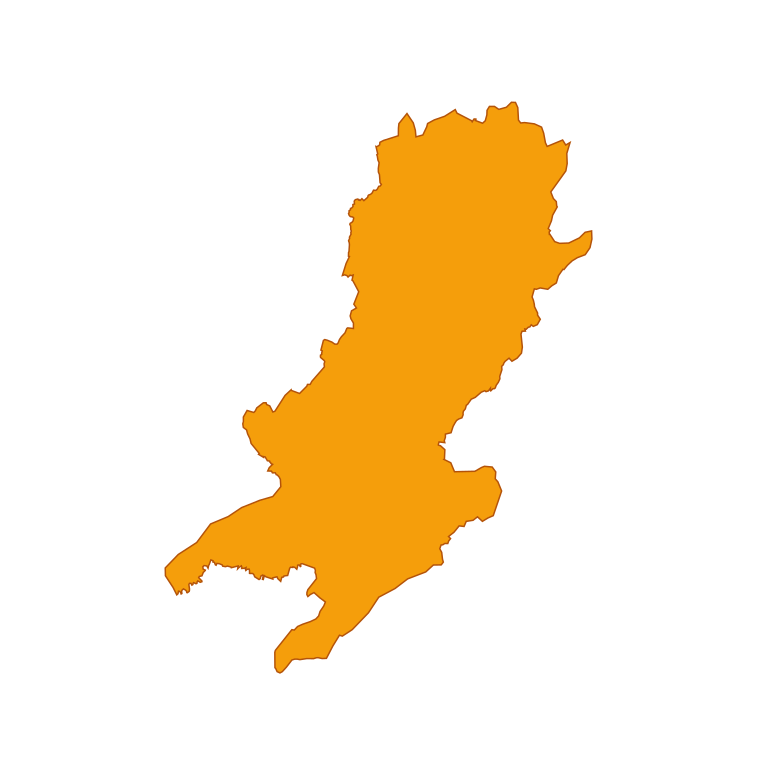 the district of Kota Metro, Lampung, Indonesia, rotated 195°
{"feature_id": "22746128B64737377738458", "entity_name": "Kota Metro", "entity_type": "district", "adm_level": 2, "iso_a3": "IDN", "parent_name": "Indonesia", "parent_adm1": "Lampung", "projection": "equal_earth", "projection_center": [105.315, -5.118], "detail": "fine", "context": "isolated", "style": "filled", "palette": "amber", "viewbox_px": 768, "rotation_deg": 195, "n_neighbors": 0, "source": "geoboundaries", "source_scale": "gbopen_adm2", "svg_char_len": 6146}
<svg xmlns="http://www.w3.org/2000/svg" viewBox="0 0 768 768"><g transform="rotate(195 384 384)"><path d="M266.8,665.4L270.3,661.9L274.6,665.9L287.9,655.7L290.5,658.8L294.7,667.6L298.3,672.9L306.1,674.2L315.9,672.9L319.5,671.5L322.4,673.7L326.3,685.6L329.9,690.0L333.8,689.1L337.4,683.0L344.2,679.0L349.1,680.7L354.0,679.4L355.3,675.0L354.3,670.6L354.3,664.5L356.3,661.4L364.0,662.2L363.7,663.6L364.7,663.6L365.7,663.2L366.7,660.1L367.6,661.0L383.6,664.5L386.2,667.5L394.7,658.3L403.8,652.1L409.3,646.9L409.3,643.4L410.9,634.6L417.1,631.0L419.4,637.2L423.3,643.8L431.8,651.2L437.0,639.4L436.3,635.0L434.4,627.5L447.4,619.2L450.5,616.4L450.1,613.9L450.9,612.8L452.6,611.2L453.2,611.3L449.6,604.6L450.3,603.5L449.6,602.7L447.8,598.7L446.0,596.5L445.3,590.8L444.3,587.3L442.6,585.1L439.9,577.4L438.2,576.1L438.9,574.2L440.2,573.6L441.0,570.2L442.0,568.9L444.3,568.5L444.9,565.5L446.1,563.7L447.7,562.6L448.1,562.0L448.1,560.1L450.9,555.9L453.3,557.3L454.6,555.1L456.1,555.1L456.0,555.7L457.4,555.8L459.4,554.6L460.1,552.9L459.1,550.2L460.5,549.3L459.9,547.3L460.8,545.6L461.8,544.9L461.5,543.6L462.6,542.3L462.1,540.6L462.4,539.5L461.3,537.9L459.9,537.0L457.4,537.2L456.2,536.5L456.1,533.5L456.8,531.9L458.3,530.4L458.3,529.3L457.1,528.0L456.1,524.7L455.2,523.3L455.2,521.4L454.6,520.2L455.4,516.9L454.9,515.9L455.3,513.2L454.1,511.4L453.4,509.4L452.1,502.9L452.3,501.9L451.4,498.2L450.4,498.2L451.8,490.6L452.3,478.0L450.2,479.3L447.8,479.1L446.4,478.0L444.9,480.4L443.8,480.1L442.0,481.3L441.8,476.0L440.7,475.6L432.3,466.6L433.8,453.3L430.3,450.3L434.3,446.3L434.3,441.0L432.8,438.4L429.3,435.0L427.9,429.7L433.6,428.8L434.3,428.0L434.9,423.3L437.4,418.6L438.5,415.5L439.0,411.6L439.7,410.3L441.9,409.8L445.1,411.0L450.0,411.6L452.7,411.6L453.8,410.4L453.7,400.4L452.2,400.0L452.2,397.7L451.8,396.5L452.8,395.4L452.5,394.0L452.1,393.2L447.7,391.1L447.0,390.2L447.1,388.0L446.0,385.1L454.4,367.9L455.2,364.5L457.8,363.8L458.0,361.9L463.1,353.0L471.9,353.8L472.2,354.4L476.6,347.4L482.3,329.5L484.1,328.2L488.7,333.3L492.1,333.8L492.9,335.3L493.3,335.3L495.7,334.6L500.7,328.0L501.4,324.6L502.4,322.8L509.4,323.0L511.3,315.7L510.1,311.4L510.1,309.0L508.6,305.6L504.9,304.1L502.8,300.5L499.2,296.3L497.0,292.2L486.5,284.6L487.0,283.6L481.5,282.0L481.8,282.7L479.9,282.8L476.8,279.7L474.5,279.9L473.9,278.9L472.9,278.5L472.6,277.9L470.8,277.6L473.2,273.5L473.8,269.9L470.1,270.7L468.8,269.3L466.0,270.1L464.6,268.5L463.5,268.5L461.3,267.1L459.4,265.0L457.1,258.1L462.3,246.5L473.9,239.5L489.5,227.8L500.2,215.6L515.3,203.9L523.9,182.4L538.6,166.1L547.7,149.7L545.5,142.2L535.1,132.9L529.6,126.7L528.7,128.1L528.9,130.7L527.8,130.8L526.4,129.9L525.6,128.7L525.0,129.3L525.8,131.4L525.8,132.4L524.7,134.2L522.2,133.5L521.2,132.8L520.5,131.5L519.9,131.5L519.1,132.5L518.5,133.3L518.5,134.2L518.9,135.9L520.6,139.8L520.3,141.1L518.9,141.5L517.5,140.0L516.7,140.8L516.8,142.3L516.5,142.9L513.9,142.4L513.1,143.0L513.3,144.5L512.9,145.6L510.2,144.9L508.7,145.9L508.9,146.6L512.9,149.0L512.6,150.3L510.2,151.6L509.8,155.2L508.4,157.6L508.4,158.0L510.7,158.3L511.7,160.5L510.9,162.0L508.1,162.4L506.3,160.6L506.4,163.5L506.1,164.4L505.7,169.3L503.4,169.0L503.2,167.8L501.6,167.8L500.1,165.7L499.3,165.5L499.0,167.4L496.7,167.8L493.5,167.4L492.7,166.3L489.9,166.5L488.1,167.6L484.5,167.6L484.0,167.0L477.8,170.5L477.5,167.6L476.5,169.4L474.7,171.4L473.7,169.8L473.7,169.0L471.3,169.8L469.8,171.0L469.8,169.0L469.2,168.1L468.2,169.6L466.4,170.3L465.7,169.2L464.7,165.7L464.6,166.3L461.8,167.0L460.3,166.1L459.0,164.3L454.1,162.8L453.2,163.9L453.2,166.6L451.7,168.1L451.0,167.7L450.9,163.9L450.0,163.9L450.0,167.9L448.1,167.2L440.9,166.8L441.4,167.9L437.5,170.1L436.2,168.5L432.7,166.6L432.7,170.8L431.1,171.6L430.9,172.7L427.5,174.1L427.4,181.6L426.9,182.8L424.6,183.2L424.6,183.8L422.8,183.8L420.3,182.5L420.2,185.1L420.5,186.6L419.2,187.3L417.6,186.0L417.2,186.4L417.7,187.7L417.6,188.9L416.3,189.3L403.4,188.2L402.1,186.4L401.7,184.0L400.3,182.2L398.8,178.5L404.3,165.7L404.5,162.8L404.0,160.6L402.5,159.0L400.6,161.7L397.6,164.4L390.5,160.8L384.2,158.3L384.7,154.1L386.9,147.8L387.1,143.0L389.1,139.3L393.7,135.4L400.4,130.9L404.7,127.4L407.0,123.1L409.4,122.9L420.0,98.6L420.0,96.5L415.9,81.7L415.1,81.3L412.8,78.5L409.7,78.0L407.8,79.8L405.0,85.2L401.5,93.6L399.1,95.1L396.6,95.8L393.9,96.0L387.5,98.8L380.9,100.5L378.6,102.0L376.9,102.6L372.7,102.8L368.6,104.1L365.6,117.7L362.0,129.8L359.0,129.7L351.1,138.5L339.8,159.0L333.9,176.7L320.4,189.3L310.7,201.9L295.0,213.3L289.5,221.9L281.9,224.1L280.6,227.3L282.1,229.8L284.7,236.3L287.5,239.3L287.2,243.3L285.6,243.9L284.0,245.7L281.1,246.4L280.9,249.1L279.7,251.9L282.2,253.4L278.0,259.0L274.7,266.4L269.8,267.1L269.0,272.6L262.7,275.4L259.3,279.9L253.4,276.8L248.8,281.6L244.4,285.1L242.7,311.1L248.7,319.0L252.0,321.2L253.3,328.0L258.0,331.8L265.7,330.5L268.3,328.5L273.6,323.2L293.2,317.5L299.1,325.2L306.6,326.7L306.2,327.2L308.2,336.3L313.5,339.0L315.6,339.0L315.9,339.8L315.8,342.3L310.1,343.1L311.1,344.8L310.9,348.4L311.7,351.5L306.6,354.3L306.3,360.9L305.4,364.6L304.5,367.5L302.8,369.5L300.0,371.5L299.6,374.7L300.2,376.6L300.2,378.4L299.0,381.0L299.0,384.8L298.0,385.9L295.8,391.9L292.4,394.7L287.9,401.3L284.9,403.6L283.5,403.0L281.3,404.4L280.1,407.5L279.5,405.3L279.1,405.0L277.6,407.6L276.1,408.1L275.5,409.0L275.3,411.8L274.0,415.2L273.4,419.0L274.2,421.3L273.8,428.3L274.9,431.5L273.7,433.6L273.7,435.0L272.9,437.2L269.9,441.3L266.3,439.1L262.1,443.4L259.2,449.4L259.9,455.4L264.6,467.7L264.3,470.7L261.1,471.7L262.2,473.6L260.8,473.7L259.3,476.2L257.9,476.9L257.1,479.3L254.7,478.3L251.3,481.0L249.8,487.0L253.5,490.3L254.0,492.3L258.6,497.6L259.5,500.0L261.4,503.6L263.5,506.4L263.4,514.8L261.4,514.9L258.0,517.2L250.3,517.9L247.4,522.2L243.7,526.2L243.5,533.8L240.9,541.1L239.8,541.1L237.6,546.1L234.1,551.7L229.9,556.1L223.1,561.0L220.3,569.0L220.7,577.8L223.1,585.6L229.0,582.6L233.1,575.7L242.0,568.0L250.8,565.3L256.0,565.7L262.6,571.6L263.0,571.4L263.8,573.6L263.0,575.1L265.6,576.6L264.5,585.0L264.8,590.7L262.5,599.9L263.3,600.8L264.8,604.8L268.4,607.0L272.6,612.7L263.5,636.9L264.1,644.3L267.1,654.0L266.8,665.4Z" fill="#f59e0b" stroke="#b45309" stroke-width="1.5"/></g></svg>